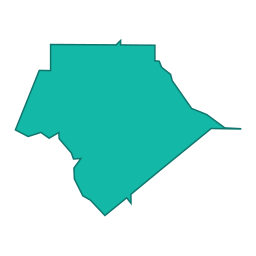 Crawford, Georgia, United States of America
{"feature_id": "52423323B69984552276574", "entity_name": "Crawford", "entity_type": "district", "adm_level": 2, "iso_a3": "USA", "parent_name": "United States of America", "parent_adm1": "Georgia", "projection": "robinson", "projection_center": [-83.966, 32.694], "detail": "fine", "context": "isolated", "style": "filled", "palette": "teal", "viewbox_px": 256, "rotation_deg": 0, "n_neighbors": 0, "source": "geoboundaries", "source_scale": "gbopen_adm2", "svg_char_len": 559}
<svg xmlns="http://www.w3.org/2000/svg" viewBox="0 0 256 256"><path d="M240.6,128.7L224.8,127.9L206.6,114.5L191.6,108.5L172.2,80.7L170.6,74.4L161.6,67.3L159.2,61.2L154.9,60.8L154.9,45.2L135.6,45.1L120.6,44.9L120.6,40.5L116.1,44.9L50.6,44.5L50.6,70.6L39.3,70.4L15.4,129.9L28.1,136.5L40.9,132.4L49.1,138.2L58.8,132.5L59.2,138.8L71.3,152.8L73.5,159.0L80.9,158.5L73.9,168.1L74.4,179.0L82.8,195.8L90.5,200.2L104.9,215.5L126.7,197.8L131.0,203.3L130.9,194.3L159.1,171.0L211.2,128.5L240.6,129.0L240.6,128.7Z" fill="#14b8a6" stroke="#0f766e" stroke-width="1.5"/></svg>